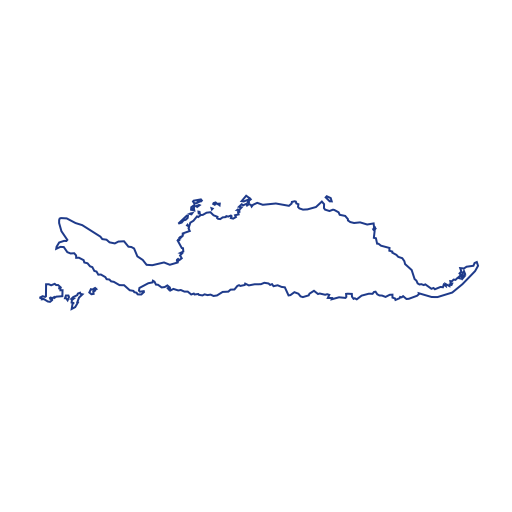 Halmahera Utara, Maluku Utara, Indonesia (Robinson projection), rotated 263°
{"feature_id": "22746128B41252486574655", "entity_name": "Halmahera Utara", "entity_type": "district", "adm_level": 2, "iso_a3": "IDN", "parent_name": "Indonesia", "parent_adm1": "Maluku Utara", "projection": "robinson", "projection_center": [127.874, 1.56], "detail": "fine", "context": "isolated", "style": "outline", "palette": "blue", "viewbox_px": 512, "rotation_deg": 263, "n_neighbors": 0, "source": "geoboundaries", "source_scale": "gbopen_adm2", "svg_char_len": 6074}
<svg xmlns="http://www.w3.org/2000/svg" viewBox="0 0 512 512"><g transform="rotate(263 256 256)"><path d="M223.1,474.4L222.4,472.1L219.8,470.6L219.7,463.7L218.3,460.9L219.1,457.2L215.6,457.9L213.9,455.9L212.6,456.8L211.9,458.6L214.5,458.9L214.1,460.0L215.5,460.6L212.5,461.4L210.6,459.3L210.4,460.4L208.2,458.0L210.9,457.2L211.4,456.0L210.6,454.9L209.0,455.5L209.8,453.5L208.0,451.1L208.5,449.3L207.0,447.3L207.4,445.8L204.9,445.9L204.7,447.3L203.4,446.5L204.0,444.7L202.5,444.4L205.2,440.6L203.1,440.7L204.8,438.9L202.2,437.7L202.8,435.4L201.2,429.5L202.6,428.3L202.1,426.1L207.2,420.6L206.7,419.0L207.9,416.6L207.8,414.8L209.1,413.1L212.0,412.2L213.8,410.6L223.1,408.8L229.8,403.0L232.8,402.6L236.0,400.9L237.8,397.1L240.0,395.5L242.7,391.7L243.8,391.8L245.0,389.0L247.7,389.5L251.0,381.3L253.2,379.1L253.5,377.7L259.0,377.2L259.7,375.2L266.4,376.8L267.9,375.7L270.1,376.7L274.0,376.7L273.7,370.2L276.7,363.4L276.8,357.4L278.2,353.7L280.1,351.6L281.4,351.7L284.9,349.4L286.7,344.1L289.3,343.3L292.1,339.4L292.6,338.1L291.7,334.4L293.6,330.2L295.3,329.3L299.2,329.9L302.0,328.0L297.3,321.5L296.0,312.8L296.3,308.3L298.0,304.8L299.6,303.7L302.2,304.4L303.3,302.4L305.1,302.2L305.6,301.1L305.3,298.2L303.7,297.7L301.8,294.8L305.7,282.1L306.0,269.0L308.6,263.7L307.2,259.3L305.6,257.7L307.4,257.1L308.3,255.3L307.2,253.3L308.9,252.8L307.9,249.4L309.1,248.1L306.9,245.1L306.0,247.6L303.9,245.1L301.8,244.9L301.8,243.5L299.4,243.8L299.0,240.2L297.1,240.8L295.9,237.9L296.7,235.7L298.5,236.6L299.2,236.0L298.5,233.2L299.2,231.4L298.3,230.7L298.4,227.6L297.0,225.0L297.5,222.9L298.5,222.0L299.6,222.5L301.6,218.8L305.0,216.1L305.0,212.2L303.3,208.2L303.4,206.2L301.7,203.4L302.5,202.3L298.6,198.2L297.1,194.9L291.7,192.4L288.9,193.3L287.3,186.0L284.9,185.7L283.2,183.3L284.5,184.6L284.1,183.1L283.3,182.1L282.4,182.6L281.8,181.0L281.0,181.5L280.7,180.2L273.0,183.3L272.6,184.5L269.3,184.4L268.2,181.2L267.5,182.8L265.8,180.7L262.8,182.0L261.3,179.5L262.6,178.3L261.8,177.1L260.9,176.9L260.2,177.9L259.1,177.5L257.8,169.4L260.8,163.9L259.5,152.0L260.6,146.3L265.9,143.1L270.1,138.2L278.3,135.9L280.1,133.4L280.8,130.5L286.7,126.8L287.1,121.2L285.7,117.4L287.4,112.3L290.4,109.6L291.5,105.5L294.2,103.9L307.8,87.3L310.7,80.9L316.4,72.7L317.4,67.1L317.1,65.7L315.7,65.0L312.7,64.6L304.3,65.9L295.0,70.7L294.0,69.6L294.4,67.4L293.4,62.3L289.5,59.2L287.5,58.6L288.9,62.9L288.3,66.3L282.8,69.2L281.1,72.3L280.9,75.9L278.5,77.5L276.1,77.3L275.9,80.0L272.9,84.4L270.5,84.8L269.3,87.9L266.0,90.0L264.9,92.2L260.9,93.7L260.0,95.8L256.7,97.2L256.5,99.8L253.4,103.9L251.2,104.9L250.5,107.6L248.5,109.1L247.7,111.7L243.7,117.0L243.1,121.5L237.4,126.5L236.3,130.1L234.9,130.8L234.1,133.0L232.4,133.8L232.1,135.1L231.8,137.5L233.9,140.4L234.8,140.3L234.7,136.5L235.9,135.6L238.5,136.4L242.1,145.8L242.4,150.1L244.0,150.7L242.9,152.1L239.8,153.2L239.4,155.2L236.3,158.5L236.3,161.6L237.6,164.4L235.7,166.2L234.8,164.4L233.1,165.6L233.8,166.7L232.2,166.8L233.4,170.0L231.3,174.6L231.4,177.2L229.4,180.6L229.0,183.9L225.7,187.0L226.3,189.7L225.3,190.3L225.3,194.1L224.4,194.6L223.4,198.1L224.2,200.3L223.1,203.1L223.2,206.2L221.5,209.0L221.6,212.5L224.4,218.5L224.0,224.2L225.7,226.6L225.4,230.5L228.6,233.9L229.1,235.6L228.2,236.8L228.6,241.3L229.9,241.9L227.7,245.3L228.1,251.1L227.4,257.4L228.4,261.0L227.2,265.1L225.6,266.5L226.1,268.5L223.9,269.7L224.3,273.9L222.2,277.6L221.4,280.8L212.9,283.5L213.0,285.4L215.4,289.7L213.4,293.5L210.5,295.3L209.5,297.5L210.5,303.5L212.1,304.5L214.4,309.3L210.7,312.9L211.0,314.7L209.1,319.9L209.4,322.0L208.5,324.0L205.6,322.2L205.0,326.3L203.8,325.8L204.9,333.4L203.5,339.7L204.5,340.7L207.4,340.8L207.4,342.3L206.7,346.5L204.0,346.3L201.6,347.6L202.0,348.9L200.7,350.7L203.8,356.0L204.8,363.2L204.3,367.1L205.9,368.7L206.0,370.3L203.2,371.7L201.8,373.7L201.4,376.2L199.6,379.6L201.2,384.0L201.0,386.7L198.1,386.4L196.9,388.8L195.4,389.1L196.6,393.4L197.8,394.1L197.2,395.5L198.2,397.1L195.0,400.1L194.9,402.5L196.9,411.0L198.3,413.1L199.2,413.0L193.9,425.3L193.1,431.1L195.8,446.3L202.9,457.5L214.3,471.6L219.2,475.2L223.1,474.4ZM241.2,36.8L240.5,36.8L239.6,38.9L239.1,38.6L239.1,40.2L236.2,43.8L235.6,46.0L237.1,48.3L237.8,48.3L238.5,46.6L239.4,46.4L239.8,47.2L238.9,48.5L239.8,50.6L239.0,50.8L240.0,52.8L239.7,58.9L245.6,59.8L245.8,57.7L248.0,58.0L247.7,55.9L248.8,58.2L251.3,56.0L251.5,54.1L252.9,52.8L251.9,49.1L253.2,46.9L253.5,44.2L241.6,42.6L241.1,41.7L242.1,39.3L241.2,36.8ZM231.3,68.2L225.9,66.6L227.3,70.3L231.6,73.6L231.9,73.0L236.3,75.3L239.1,79.1L239.8,77.2L241.0,76.9L240.4,74.6L238.9,73.8L237.5,69.5L236.1,67.7L235.8,69.7L234.7,67.9L232.3,67.3L231.4,69.8L231.3,68.2ZM317.0,253.6L312.2,248.4L311.6,250.4L313.2,256.4L314.3,256.5L317.0,253.6ZM304.4,192.1L297.6,182.9L298.2,186.3L300.2,188.4L300.5,190.6L302.1,192.8L304.1,193.3L304.4,192.1ZM240.1,86.1L238.1,88.0L238.2,90.2L240.3,90.2L241.7,92.9L241.4,91.1L242.4,92.0L242.3,91.4L242.7,93.4L243.9,92.4L242.6,89.4L243.2,88.1L240.1,86.1ZM318.9,208.2L318.5,200.9L317.8,200.1L316.0,201.0L315.6,203.1L316.4,205.4L317.0,205.0L316.9,208.1L317.6,209.0L318.9,208.2ZM305.7,332.3L301.3,335.8L301.0,337.8L304.4,337.2L306.7,333.5L305.7,332.3ZM239.9,62.5L237.4,61.3L237.3,62.3L235.0,63.6L238.0,65.4L239.6,65.0L239.9,62.5ZM309.8,197.2L308.7,200.3L310.5,200.2L309.4,199.6L310.1,198.8L312.8,201.3L314.1,201.0L312.3,197.7L309.8,197.2ZM312.9,219.9L311.9,221.3L312.9,222.3L312.7,223.6L314.1,222.4L313.7,220.4L312.9,219.9ZM307.0,204.3L304.4,204.3L305.4,204.6L304.9,205.4L306.7,205.3L307.0,204.3ZM312.5,224.6L312.1,223.2L312.3,224.5L310.8,226.0L312.4,226.4L312.5,224.6ZM312.8,202.9L311.9,203.6L313.3,206.2L313.6,205.7L312.8,202.9ZM306.3,198.0L306.2,196.2L305.9,195.2L305.2,197.0L306.3,198.0ZM311.7,255.7L310.5,254.3L310.0,254.2L310.1,255.5L311.7,255.7ZM268.0,377.4L268.0,375.9L266.9,376.5L268.0,377.4ZM308.8,217.7L307.6,217.9L308.3,218.7L308.8,217.7ZM269.0,376.6L269.3,377.7L270.2,377.4L270.1,376.8L269.0,376.6ZM303.9,243.7L304.8,244.4L304.0,243.1L303.9,243.7ZM312.9,257.7L313.6,257.2L312.1,256.4L312.9,257.7ZM294.8,191.3L294.1,192.2L295.3,191.8L294.8,191.3Z" fill="none" stroke="#1e3a8a" stroke-width="2"/></g></svg>